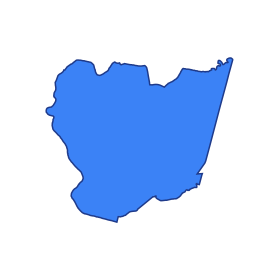 the district of Foundiougne, Fatick, Senegal, rotated 285°
{"feature_id": "50182788B85341589150678", "entity_name": "Foundiougne", "entity_type": "district", "adm_level": 2, "iso_a3": "SEN", "parent_name": "Senegal", "parent_adm1": "Fatick", "projection": "orthographic", "projection_center": [-16.407, 13.882], "detail": "fine", "context": "isolated", "style": "filled", "palette": "blue", "viewbox_px": 256, "rotation_deg": 285, "n_neighbors": 0, "source": "geoboundaries", "source_scale": "gbopen_adm2", "svg_char_len": 5750}
<svg xmlns="http://www.w3.org/2000/svg" viewBox="0 0 256 256"><g transform="rotate(285 128 128)"><path d="M34.2,141.6L39.8,141.5L40.2,143.2L40.2,143.6L40.8,144.6L41.4,145.9L42.3,146.8L43.1,148.2L44.7,149.2L45.1,149.6L46.8,150.8L47.0,151.0L47.4,151.3L48.1,152.6L48.6,153.7L49.1,155.0L49.3,155.5L49.7,156.7L50.3,157.7L51.3,158.3L52.1,158.4L68.1,169.9L68.1,170.4L68.6,171.5L68.8,171.8L69.3,171.9L69.4,172.7L68.5,172.8L68.1,173.0L67.6,173.6L67.2,174.5L66.3,178.1L66.3,178.4L66.7,179.8L68.1,183.4L68.2,184.0L70.7,188.7L71.1,190.1L71.5,190.7L71.9,192.1L72.2,192.9L72.6,193.5L72.9,193.6L73.7,194.4L74.0,194.8L76.2,196.3L77.6,196.7L78.2,197.0L78.9,197.4L79.1,197.3L80.9,199.3L81.0,199.5L82.6,200.0L83.1,200.3L83.6,200.9L83.2,201.8L83.4,202.2L83.5,203.0L83.8,203.3L84.0,203.1L84.2,203.3L84.7,203.5L85.0,204.0L86.2,205.3L86.7,206.1L87.9,207.7L88.1,208.8L88.2,209.3L88.4,209.7L89.1,209.7L89.6,209.5L90.0,209.4L91.5,208.4L92.1,208.9L91.8,209.2L91.7,209.6L91.8,211.5L101.7,211.5L103.2,211.6L101.5,206.7L114.0,211.3L116.3,211.6L132.6,211.6L173.3,211.4L197.7,211.5L205.8,211.4L221.0,211.5L221.2,211.3L221.5,211.2L222.2,209.8L222.2,209.0L221.7,207.6L220.5,206.2L219.9,205.8L219.5,205.8L219.0,205.9L218.4,206.3L218.0,207.0L217.3,207.6L217.0,207.4L216.7,206.6L216.7,206.0L216.4,205.4L214.2,204.0L214.0,203.6L213.9,203.2L215.6,201.7L215.9,201.2L216.3,200.6L216.9,199.3L216.9,198.9L216.8,198.2L216.4,197.9L216.0,197.8L214.3,198.0L213.8,198.2L213.7,198.6L213.7,199.0L213.6,200.0L213.3,200.7L212.7,201.1L212.1,201.0L211.6,200.7L211.7,200.3L211.6,199.7L211.7,199.3L211.0,198.4L210.3,198.1L209.8,198.0L208.7,198.0L208.1,198.2L207.4,198.0L207.1,197.8L206.7,197.3L207.7,196.2L207.8,195.8L207.2,193.7L206.9,193.3L206.5,193.2L205.7,193.6L205.6,193.4L205.3,193.2L205.0,192.9L204.2,191.8L203.9,191.7L203.4,191.4L203.2,191.0L203.1,190.4L203.1,190.0L202.8,189.5L202.6,188.5L202.2,188.2L202.1,186.7L202.1,186.3L202.0,185.7L201.6,185.0L201.4,184.7L201.3,184.3L201.2,183.2L201.2,182.7L200.9,181.0L201.0,180.6L201.1,180.2L201.0,179.9L200.9,178.8L200.8,178.6L200.7,178.3L200.9,177.6L200.9,177.3L200.6,176.1L200.7,175.4L200.6,174.6L200.7,174.2L200.5,173.9L200.6,173.2L200.6,172.9L200.5,171.7L200.3,170.3L200.0,169.8L200.0,167.9L199.7,166.4L199.8,166.0L199.7,165.8L199.1,165.4L198.7,165.2L198.5,165.3L198.3,165.1L197.9,165.0L197.3,164.8L196.6,164.7L196.3,164.5L195.3,164.4L194.4,164.2L193.1,163.8L192.6,163.7L192.2,163.5L191.8,163.6L190.8,163.1L189.8,163.0L189.4,162.8L189.1,162.6L189.0,162.4L187.8,161.8L186.4,160.4L186.1,160.3L185.0,159.3L184.7,159.1L184.0,158.4L183.3,157.4L182.4,156.5L181.4,155.2L181.1,155.2L180.6,154.9L179.7,154.2L176.9,152.5L177.7,147.8L177.7,145.7L177.3,143.5L176.9,142.6L176.8,142.0L176.4,141.3L175.9,140.2L175.4,137.9L176.3,137.4L177.7,136.9L183.4,134.2L187.6,132.3L191.0,130.5L191.9,129.5L192.5,128.4L192.6,127.9L192.4,127.5L191.2,124.6L190.6,122.0L190.5,120.2L190.3,119.1L190.3,117.0L190.0,116.0L190.1,115.3L189.7,113.7L189.4,109.8L189.4,109.0L189.2,108.4L189.3,107.9L188.4,106.8L188.1,106.1L187.3,105.0L187.4,104.4L187.6,103.9L188.1,103.6L188.7,103.0L188.0,101.8L187.8,100.7L187.8,99.7L188.3,98.2L188.0,97.7L187.3,97.2L186.5,96.3L181.8,94.8L181.0,94.3L180.4,94.2L179.7,94.2L178.1,93.8L177.9,93.5L176.9,92.8L175.9,91.7L174.0,90.2L173.0,89.1L172.2,88.2L171.6,87.3L171.4,86.6L171.4,84.5L172.0,83.7L173.6,82.2L176.0,81.0L176.4,80.5L177.2,80.1L177.8,79.7L178.5,79.4L178.9,79.1L179.3,78.9L179.9,78.6L180.7,77.4L181.0,76.8L181.3,76.3L181.5,75.7L181.8,75.1L181.7,73.6L181.7,72.3L181.6,71.4L181.6,70.1L181.5,69.6L181.6,68.8L181.5,68.0L181.3,67.1L181.2,64.6L181.0,63.9L180.8,62.6L180.4,61.1L180.0,60.5L178.1,59.1L177.7,58.8L177.2,58.3L176.5,58.0L175.5,57.2L175.1,56.9L174.9,56.3L174.3,55.8L173.4,55.2L173.0,54.7L172.5,54.4L172.1,54.0L171.4,53.5L170.8,53.1L170.1,53.0L168.4,52.2L167.8,52.1L167.5,51.8L167.4,51.0L166.7,51.0L165.9,50.8L165.1,50.4L163.7,49.4L162.6,48.2L161.6,47.4L160.4,46.8L155.4,46.4L153.2,45.9L150.1,47.0L149.6,47.3L148.8,47.6L148.1,47.9L147.0,48.2L145.5,48.3L143.8,47.8L142.6,47.6L139.9,48.0L139.4,48.3L138.9,48.8L138.8,48.7L137.9,50.2L137.2,50.9L135.3,51.2L132.5,50.6L131.9,50.3L130.7,50.0L129.9,49.6L129.2,49.0L128.6,48.8L127.9,47.4L127.5,46.4L126.4,44.9L125.2,44.4L124.4,44.4L123.5,44.5L122.6,44.8L122.1,45.0L121.5,45.9L120.6,47.0L120.1,48.7L120.1,49.6L120.1,50.5L120.2,52.5L119.7,53.3L119.4,53.6L118.2,53.7L117.6,53.6L116.9,53.4L116.3,53.5L115.8,53.7L115.1,53.7L114.1,53.8L113.7,53.6L113.1,53.8L112.4,53.7L111.7,54.0L111.1,54.0L109.4,54.8L108.9,55.1L107.5,55.8L106.3,57.2L105.2,59.2L104.4,60.5L103.5,61.8L103.1,62.5L102.5,63.9L102.0,64.6L101.7,65.0L101.1,65.3L100.8,65.9L99.6,67.5L99.1,67.9L98.1,69.0L97.7,69.6L96.3,71.5L95.7,71.9L95.2,72.5L94.2,73.4L92.6,74.3L92.2,74.7L90.4,75.5L89.7,75.6L89.0,75.8L88.6,76.0L88.1,76.1L87.7,76.6L87.0,76.7L86.2,77.0L85.9,77.4L84.4,78.1L84.0,78.5L83.4,78.8L82.9,79.3L82.6,79.8L82.1,80.2L81.9,80.6L80.4,82.3L80.3,82.8L78.8,84.8L77.9,86.1L76.9,87.6L76.7,88.2L75.9,89.4L75.2,90.6L75.0,91.2L74.4,92.2L73.6,93.7L73.0,94.4L71.8,95.3L69.2,97.2L68.8,97.3L68.0,97.7L67.4,97.8L66.9,97.6L66.3,97.7L65.8,97.5L65.1,97.5L64.7,97.2L64.0,96.9L63.5,96.3L62.6,95.8L61.4,95.4L61.4,95.2L60.5,95.0L59.8,94.6L58.5,94.4L58.1,94.2L57.9,94.1L57.2,93.6L56.3,93.1L55.7,92.4L55.2,92.0L53.5,91.1L50.4,90.3L48.0,90.6L47.4,90.8L46.5,91.7L45.9,92.0L45.2,92.9L45.0,93.6L44.5,94.0L42.7,95.9L39.9,98.4L39.5,98.7L38.5,99.7L38.2,100.1L37.8,100.3L37.6,100.8L36.7,101.9L36.1,102.9L35.4,104.0L35.2,104.5L34.6,105.4L34.3,106.3L33.9,108.2L34.1,108.4L34.0,109.6L34.1,110.0L34.0,113.0L33.8,114.3L33.9,115.4L33.9,116.2L34.1,117.0L34.2,118.8L34.0,120.7L34.2,121.4L34.2,122.3L34.2,123.1L34.3,124.4L34.2,125.8L34.1,126.3L34.1,126.8L34.2,129.9L34.1,132.9L34.2,133.6L34.2,135.0L34.3,136.0L34.2,141.6Z" fill="#3b82f6" stroke="#1e3a8a" stroke-width="1.5"/></g></svg>